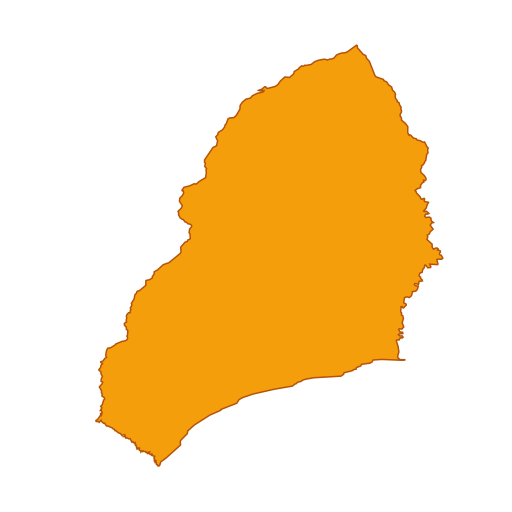 the district of Dibulla, La Guajira, Colombia, rotated 168°
{"feature_id": "7082276B97252339631603", "entity_name": "Dibulla", "entity_type": "district", "adm_level": 2, "iso_a3": "COL", "parent_name": "Colombia", "parent_adm1": "La Guajira", "projection": "albers", "projection_center": [-73.512, 11.083], "detail": "fine", "context": "isolated", "style": "filled", "palette": "amber", "viewbox_px": 512, "rotation_deg": 168, "n_neighbors": 0, "source": "geoboundaries", "source_scale": "gbopen_adm2", "svg_char_len": 5990}
<svg xmlns="http://www.w3.org/2000/svg" viewBox="0 0 512 512"><g transform="rotate(168 256 256)"><path d="M270.6,380.9L269.6,376.8L271.4,372.6L272.5,371.7L275.4,371.2L286.3,360.7L286.9,358.5L286.2,357.4L287.5,354.4L286.2,351.7L287.0,350.7L287.2,348.1L289.0,343.1L295.9,340.8L299.4,338.8L301.5,339.5L306.4,338.4L312.1,338.2L314.7,335.8L314.6,335.1L313.5,334.7L313.7,332.5L315.4,330.5L318.5,328.4L319.5,325.4L317.6,320.6L319.1,318.3L323.0,315.9L322.7,313.7L323.2,312.4L322.3,309.2L320.8,307.4L319.4,306.6L318.5,304.3L316.9,303.3L315.8,301.6L313.6,300.7L312.6,299.1L313.1,297.8L315.3,296.2L316.2,293.9L316.6,292.7L316.0,291.3L316.7,286.5L319.6,285.7L320.2,284.5L322.5,284.3L327.8,280.3L328.5,275.6L329.5,274.3L342.5,267.6L348.5,266.8L355.1,262.9L358.9,261.7L359.4,259.5L361.6,257.5L362.0,256.1L365.0,255.0L368.8,254.9L369.9,250.2L375.9,247.0L377.8,246.2L378.9,246.4L380.1,245.7L380.6,244.5L382.4,243.4L384.3,239.1L387.8,235.5L387.5,234.4L388.3,232.6L389.3,232.0L389.8,230.7L389.4,229.7L390.6,228.4L390.6,227.1L391.1,226.6L392.5,227.0L394.5,225.5L395.4,224.0L395.2,222.7L396.3,220.1L396.3,218.3L397.6,218.1L398.9,217.2L399.0,215.3L397.7,213.6L398.0,210.9L397.1,210.4L397.0,209.2L398.2,205.2L399.0,204.5L398.5,203.3L399.0,201.6L399.9,200.7L401.8,200.2L404.6,200.4L411.3,199.1L412.7,198.1L417.3,196.5L420.3,196.6L422.1,194.1L423.7,190.0L423.2,188.0L425.1,187.3L427.5,185.1L429.9,184.8L429.9,184.1L428.5,182.7L430.2,181.5L431.3,179.1L433.3,177.6L433.3,176.6L431.8,175.3L432.1,173.1L431.3,170.1L433.0,167.8L433.6,165.5L432.3,164.8L432.3,164.2L433.1,163.0L436.5,160.5L435.1,156.3L435.6,155.0L435.2,152.9L435.8,151.1L433.8,148.9L433.8,147.5L435.0,146.7L437.5,142.2L439.2,141.3L438.4,139.5L440.4,137.2L439.3,137.0L439.1,134.4L440.8,134.2L440.8,133.6L439.9,133.1L440.6,131.9L441.5,132.3L444.6,129.3L446.8,128.4L446.9,127.9L446.6,127.3L444.3,126.7L444.0,125.9L441.7,127.6L441.6,126.4L439.9,124.1L438.7,123.9L438.3,122.2L437.2,120.6L436.1,120.4L432.1,117.5L431.5,116.3L430.6,115.9L430.1,114.3L429.2,114.2L427.5,111.7L425.4,110.5L424.7,108.7L421.6,108.5L421.5,107.0L422.7,106.8L421.3,106.3L421.2,104.9L420.2,105.0L418.4,103.6L417.1,103.5L416.1,99.7L415.1,100.0L414.5,98.7L413.0,98.6L413.4,97.5L412.8,96.9L413.4,96.2L412.5,95.1L412.7,93.4L411.4,92.8L411.5,92.4L412.5,92.4L412.6,92.0L411.0,91.7L410.0,92.2L410.4,90.2L409.1,89.3L409.3,88.4L408.4,89.0L407.9,88.3L407.0,88.9L406.3,88.0L404.8,87.8L404.5,86.8L403.7,86.8L403.3,85.3L402.6,85.3L402.2,86.4L400.8,86.4L401.5,85.2L400.9,83.9L398.9,83.9L398.8,83.5L399.5,82.6L396.7,81.1L397.9,79.6L397.4,78.8L398.0,77.4L396.6,76.7L397.6,76.3L396.8,75.7L397.6,74.9L396.5,74.4L396.7,72.8L395.7,72.3L395.8,71.3L394.7,70.7L393.5,71.5L392.1,74.3L385.6,77.3L369.5,86.6L369.0,87.2L368.7,90.3L367.6,91.6L360.3,96.4L359.1,99.1L351.5,103.5L334.2,110.0L322.6,112.4L322.3,113.2L305.4,116.0L302.4,119.1L298.5,120.3L287.5,121.6L266.0,121.9L247.4,121.2L244.7,122.6L242.9,122.8L241.9,123.8L237.9,124.0L236.4,124.8L233.5,125.2L224.8,124.9L197.9,120.8L195.0,122.0L194.1,123.5L185.4,123.8L184.1,124.6L181.6,124.5L181.3,125.5L180.4,126.1L176.6,126.6L175.2,128.1L166.9,127.5L164.6,128.2L163.0,129.9L154.5,128.7L135.8,123.9L132.5,123.3L131.4,123.5L136.6,124.6L138.3,126.8L138.2,128.7L136.2,132.4L135.8,138.0L136.4,143.7L135.7,144.7L133.5,144.1L131.8,146.0L130.0,145.4L129.0,146.0L129.7,147.5L131.9,147.9L133.1,149.3L132.0,150.1L128.5,149.6L128.4,150.8L131.1,152.0L131.7,154.5L130.9,155.1L128.6,154.1L126.2,155.9L126.9,160.2L124.8,164.3L124.9,167.1L126.0,168.0L125.4,169.9L126.1,171.3L124.7,176.2L123.8,176.3L123.2,174.8L122.6,174.5L119.2,176.8L119.1,177.7L121.3,179.6L119.3,184.5L116.3,184.6L115.2,183.6L114.3,183.6L112.1,184.9L110.4,188.6L107.0,188.4L105.2,189.7L103.7,192.4L106.6,194.2L107.0,195.2L106.6,195.9L105.3,195.9L103.1,194.1L101.7,197.3L98.4,197.0L98.5,198.3L99.6,199.6L99.4,201.2L100.4,202.1L100.6,203.0L99.3,205.2L96.9,205.4L96.0,207.7L94.0,209.5L92.7,212.0L91.9,211.7L90.4,208.7L87.7,208.5L87.2,209.0L87.8,211.9L80.1,209.8L79.7,210.4L79.9,215.0L78.5,215.1L75.1,214.2L73.7,215.0L74.6,218.2L75.9,218.9L76.1,219.6L76.0,220.5L74.7,221.7L74.7,222.6L76.2,223.9L77.2,224.1L76.4,225.3L77.3,226.2L78.8,226.4L81.0,225.7L81.8,227.8L81.3,231.0L85.4,236.7L84.0,238.9L84.1,240.8L81.7,241.6L80.7,243.4L77.2,245.4L79.2,250.0L77.3,251.7L75.5,251.8L77.2,253.8L77.1,256.9L78.3,258.0L81.9,258.4L82.8,259.8L81.4,261.7L79.2,261.3L78.0,261.6L79.9,264.3L82.1,264.6L82.7,265.2L79.6,267.4L77.8,270.7L76.1,272.6L79.8,274.3L80.0,275.3L79.2,276.7L79.7,277.5L81.8,277.0L82.6,277.4L83.3,280.1L86.0,284.4L86.0,285.7L86.8,287.0L84.6,288.2L80.8,288.6L80.4,290.9L78.1,293.0L76.4,293.4L76.3,295.3L74.7,294.6L73.8,295.3L73.6,296.9L74.7,299.8L77.3,303.3L77.1,306.3L75.5,308.2L75.3,309.9L73.9,310.3L72.0,311.9L71.3,313.3L70.1,314.1L67.9,319.9L66.3,321.1L66.1,324.0L65.1,325.9L66.1,327.4L67.4,332.5L69.2,332.6L71.4,334.7L74.2,335.8L75.0,337.5L77.4,338.5L79.7,342.2L80.6,342.6L81.0,342.2L81.5,342.9L81.9,345.4L80.6,351.0L82.4,354.8L85.4,358.6L85.1,360.1L85.5,362.5L85.9,362.8L85.7,364.3L83.8,366.6L83.4,368.2L83.9,369.8L83.1,371.3L84.1,373.9L84.2,376.2L85.7,377.5L85.5,378.5L86.8,381.5L86.6,383.9L85.9,385.1L86.3,387.3L88.0,389.9L88.2,393.1L90.8,395.9L91.9,399.0L94.5,401.0L94.6,402.2L101.2,406.2L102.1,407.5L104.7,423.0L106.7,426.2L107.0,429.3L109.2,430.9L113.5,438.5L113.2,440.8L113.9,441.3L124.2,436.7L127.7,436.2L128.9,436.7L132.0,436.6L135.4,435.9L138.4,433.5L140.9,432.9L142.6,433.3L145.4,432.9L148.1,434.3L153.9,434.5L158.2,433.9L162.2,431.9L167.5,432.0L168.4,432.5L170.1,431.8L171.9,432.5L174.9,430.9L175.1,430.3L180.3,428.5L181.1,426.5L186.0,423.7L190.6,425.1L195.9,422.0L198.8,419.2L201.7,417.9L209.6,417.5L210.6,417.9L211.4,419.5L212.4,419.7L215.5,418.0L219.0,417.5L218.0,416.8L213.7,416.2L214.4,415.3L215.7,414.9L220.9,414.9L226.2,413.5L228.7,411.6L233.2,411.5L237.3,409.3L240.2,406.6L241.2,403.0L245.8,397.9L248.6,396.0L253.1,396.5L254.8,396.0L257.7,391.5L259.0,390.6L259.8,388.8L262.7,386.3L266.4,385.1L267.6,384.2L268.0,382.8L270.6,380.9Z" fill="#f59e0b" stroke="#b45309" stroke-width="1.5"/></g></svg>